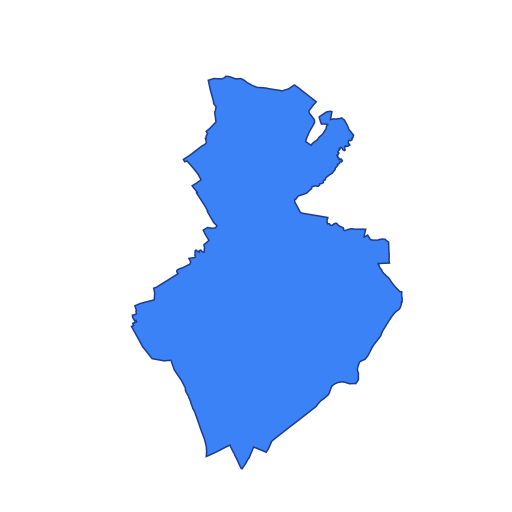 Salard, Bihor, Romania (Mercator projection), rotated 329°
{"feature_id": "2599482B49105030234410", "entity_name": "Salard", "entity_type": "district", "adm_level": 2, "iso_a3": "ROU", "parent_name": "Romania", "parent_adm1": "Bihor", "projection": "mercator", "projection_center": [22.046, 47.233], "detail": "fine", "context": "isolated", "style": "filled", "palette": "blue", "viewbox_px": 512, "rotation_deg": 329, "n_neighbors": 0, "source": "geoboundaries", "source_scale": "gbopen_adm2", "svg_char_len": 6144}
<svg xmlns="http://www.w3.org/2000/svg" viewBox="0 0 512 512"><g transform="rotate(329 256 256)"><path d="M357.3,370.8L358.8,368.9L359.7,367.1L360.1,365.6L362.5,361.7L360.8,360.5L360.7,359.6L359.3,353.5L359.0,351.0L358.7,348.3L358.5,343.6L358.2,342.4L357.4,340.0L357.1,339.3L357.2,338.4L356.8,337.6L356.6,337.3L356.5,336.6L356.2,334.3L356.6,332.6L356.2,330.4L356.1,328.9L356.8,327.1L356.4,325.5L356.7,325.3L366.6,330.7L366.6,330.4L366.8,330.4L367.4,329.3L367.5,328.9L367.8,328.2L369.9,325.0L371.2,322.7L371.5,322.3L371.5,321.9L376.8,312.5L375.6,309.6L375.3,308.2L373.4,306.7L372.6,306.5L372.0,306.0L370.8,305.8L370.3,305.3L369.2,305.3L368.5,305.1L363.8,302.2L362.5,300.7L362.5,295.6L358.5,295.5L358.9,294.7L363.7,289.6L363.0,289.5L362.6,288.8L361.4,287.9L359.9,287.2L354.8,284.1L352.5,282.3L350.9,281.3L345.3,280.0L344.9,279.4L344.6,278.8L345.3,277.2L345.3,276.7L343.2,273.8L342.2,271.4L342.1,270.3L342.0,269.7L341.6,269.2L340.4,268.7L339.5,268.5L339.1,268.9L338.1,268.9L336.7,268.7L335.9,268.2L335.7,267.8L335.6,267.4L335.7,266.8L335.4,266.1L334.4,265.5L334.1,265.5L334.0,265.3L333.9,264.8L335.3,261.9L335.8,261.2L337.0,260.6L337.4,260.0L317.2,242.7L316.5,241.2L316.9,233.6L317.0,230.3L317.4,228.7L318.3,227.5L319.1,227.9L323.2,226.3L327.2,227.3L331.3,228.1L332.4,228.1L336.6,227.1L338.2,226.9L339.7,225.6L340.0,225.5L342.0,226.1L343.0,226.3L344.1,227.5L345.1,228.2L345.6,228.3L347.1,227.9L347.5,227.1L347.9,227.1L349.2,227.6L351.3,227.8L351.6,227.8L352.3,226.6L352.7,226.2L353.4,226.0L354.1,226.4L354.4,226.4L354.8,226.2L355.9,225.1L356.5,224.8L361.0,224.3L363.7,224.3L364.2,224.3L365.7,223.5L367.3,223.1L368.5,222.5L369.4,221.4L371.2,221.0L372.9,220.3L372.9,219.6L373.2,219.4L375.2,219.7L376.0,218.9L376.6,218.6L377.1,218.7L377.3,219.0L377.7,219.4L379.1,218.9L379.0,218.0L379.1,217.4L378.9,216.6L377.8,216.6L376.8,216.0L377.6,215.2L377.6,214.9L376.8,213.8L376.8,213.3L377.7,212.5L377.2,211.9L377.1,211.6L377.1,211.4L377.3,211.1L379.3,211.0L380.1,210.5L380.0,210.0L379.7,209.5L379.7,209.0L380.1,208.6L381.4,208.1L382.6,207.9L382.5,207.3L382.6,207.0L382.8,206.7L383.0,206.7L383.8,207.0L384.9,206.6L385.3,207.4L385.2,209.4L385.9,211.1L386.7,211.2L387.1,211.0L387.3,209.5L387.9,208.8L388.3,208.1L388.9,208.1L389.6,207.7L389.9,207.8L390.0,208.0L389.8,208.6L391.4,209.3L392.3,209.0L393.3,209.4L393.8,208.6L393.2,207.2L393.6,206.2L395.0,204.7L395.4,204.8L396.3,205.8L397.1,205.9L398.4,205.7L398.9,204.4L399.2,204.3L400.0,204.5L401.5,202.8L401.9,202.7L400.8,195.3L401.6,190.9L401.8,185.0L400.5,181.8L400.2,181.6L398.3,181.3L396.6,180.2L395.6,180.1L394.5,179.6L394.1,179.3L393.9,178.8L393.4,178.5L390.1,177.4L395.4,171.4L394.3,170.2L390.5,168.8L385.7,169.1L382.0,169.2L381.3,170.5L381.2,171.4L380.4,174.3L380.0,176.5L380.2,176.8L381.7,177.5L383.2,178.5L385.2,180.0L385.3,180.2L383.4,181.0L382.8,181.5L382.0,182.8L376.1,185.7L374.8,186.1L371.1,186.7L369.1,187.7L367.1,188.2L365.7,188.1L363.0,188.5L361.4,188.9L360.2,189.5L357.5,183.4L361.5,179.9L362.5,179.4L363.6,178.5L365.9,176.9L374.7,172.0L375.2,171.4L376.0,169.8L376.2,168.6L375.6,163.4L375.3,161.7L375.5,160.0L376.0,158.9L383.3,156.0L387.1,154.9L380.7,138.3L379.0,133.6L377.2,129.5L376.9,129.1L369.8,129.5L367.4,128.9L365.6,128.4L363.6,128.1L361.7,126.3L353.0,119.1L352.1,118.1L349.4,115.9L345.2,113.0L344.1,112.4L340.8,108.2L340.0,106.7L339.8,106.0L339.2,105.5L338.6,104.2L337.7,102.8L337.0,100.8L336.4,99.3L335.4,97.6L334.0,95.8L332.1,95.0L330.6,94.1L330.0,94.0L326.5,89.6L324.7,87.8L322.6,86.4L320.9,86.9L320.1,86.9L317.5,86.4L311.6,82.3L305.6,80.8L302.5,89.7L299.3,101.2L298.3,103.4L298.2,104.8L298.7,107.1L298.2,108.1L296.1,110.4L294.6,111.5L293.4,114.1L293.0,115.6L292.1,117.3L290.7,120.5L281.8,122.9L277.5,123.5L277.4,126.4L276.8,126.7L275.8,126.8L274.9,127.9L274.4,128.2L274.1,129.2L273.4,129.8L273.1,129.5L273.0,130.2L272.2,132.6L271.7,133.2L270.9,133.7L269.8,133.9L268.8,134.0L266.7,133.8L250.9,135.6L243.5,135.8L243.4,138.5L245.9,139.1L247.7,149.9L248.5,156.5L248.1,162.4L242.4,162.9L237.4,162.9L237.5,164.4L238.5,171.2L237.5,171.3L238.0,187.0L237.8,192.1L237.8,192.7L237.2,192.8L237.0,205.5L238.1,209.9L236.2,210.9L234.0,210.4L232.1,209.2L229.2,206.6L224.0,206.7L223.7,211.9L223.7,218.4L218.7,219.3L217.7,219.3L217.2,219.5L216.7,220.5L216.2,222.5L215.1,223.6L214.7,224.5L213.9,225.3L213.6,226.0L212.5,225.1L212.1,224.5L212.0,223.1L211.7,222.5L211.2,222.3L210.0,222.4L209.6,223.0L209.4,223.5L208.7,222.2L207.9,221.9L208.2,220.6L207.8,220.2L207.3,220.0L206.7,220.1L206.2,220.5L205.6,221.8L204.0,223.8L204.0,225.0L202.9,225.8L197.2,223.5L197.0,227.4L195.2,228.9L187.1,228.3L183.8,227.5L181.0,227.5L180.1,228.3L179.9,229.5L180.3,230.8L180.2,231.0L154.7,231.5L151.7,230.9L150.2,235.4L146.2,241.2L132.4,237.1L126.5,236.3L125.5,241.1L124.8,241.3L123.6,244.0L122.3,243.9L119.5,243.1L118.7,245.1L118.6,248.1L118.5,249.1L119.2,249.1L120.0,249.4L119.8,250.1L119.9,250.5L119.8,251.0L115.6,250.2L115.2,252.7L113.0,252.2L112.5,267.0L112.2,272.5L112.2,276.0L114.1,290.5L123.2,298.5L129.4,301.6L127.3,311.6L128.0,324.6L127.5,332.5L126.4,334.7L126.0,336.1L125.9,341.4L125.5,342.9L125.0,347.0L124.7,347.6L123.6,353.0L123.4,353.4L123.2,354.7L123.4,354.8L123.4,355.7L122.9,359.5L118.9,378.6L117.8,385.0L117.4,386.9L115.7,392.4L115.2,393.9L112.7,398.6L110.1,402.3L119.3,403.4L136.2,404.6L135.7,409.6L135.5,412.9L135.6,413.6L135.6,414.4L135.3,415.4L134.9,420.6L134.3,425.8L133.9,430.7L134.5,431.2L139.9,428.7L145.7,425.4L145.8,425.6L146.5,425.2L155.6,418.5L163.7,429.5L167.5,427.5L173.9,423.1L174.9,422.7L194.9,420.1L203.5,419.2L229.7,416.0L233.8,414.4L236.5,413.6L238.4,413.3L240.6,413.3L242.5,412.7L243.7,412.7L245.7,412.4L246.5,412.1L248.5,411.0L249.8,409.8L253.4,407.0L254.7,406.5L255.9,406.3L257.4,406.2L260.6,406.5L265.0,408.2L265.8,408.8L266.3,409.4L267.1,409.9L269.1,412.3L270.2,413.5L271.3,414.2L275.0,416.2L275.7,416.8L279.4,415.2L280.7,413.9L281.6,412.0L283.2,409.7L284.2,406.0L284.7,405.1L287.0,402.7L290.1,400.3L290.9,400.1L296.3,400.7L300.2,399.3L309.2,393.8L311.2,392.8L321.6,388.8L325.6,385.7L326.5,385.2L337.0,379.8L341.0,377.9L343.9,376.7L346.5,375.9L351.2,375.4L353.1,374.5L355.2,372.7L356.9,370.4L357.1,370.3L357.3,370.8Z" fill="#3b82f6" stroke="#1e3a8a" stroke-width="1.5"/></g></svg>